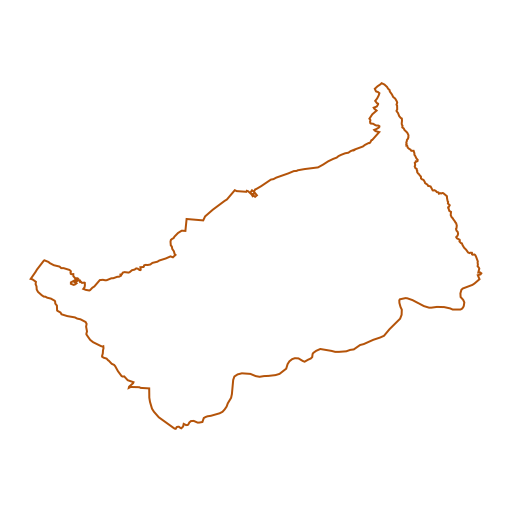 the district of Parscov, Buzau, Romania
{"feature_id": "2599482B35327371423245", "entity_name": "Parscov", "entity_type": "district", "adm_level": 2, "iso_a3": "ROU", "parent_name": "Romania", "parent_adm1": "Buzau", "projection": "robinson", "projection_center": [26.534, 45.302], "detail": "fine", "context": "isolated", "style": "outline", "palette": "amber", "viewbox_px": 512, "rotation_deg": 0, "n_neighbors": 0, "source": "geoboundaries", "source_scale": "gbopen_adm2", "svg_char_len": 6030}
<svg xmlns="http://www.w3.org/2000/svg" viewBox="0 0 512 512"><path d="M479.5,279.2L477.8,275.2L480.5,274.4L481.3,273.3L480.1,272.4L478.3,272.5L479.3,268.6L478.8,267.6L477.6,266.2L477.9,264.5L477.6,262.8L477.8,261.4L476.1,256.8L475.3,255.2L474.5,254.5L472.5,254.7L472.0,254.3L471.9,252.8L470.4,252.7L469.6,253.1L468.1,252.5L466.1,249.7L464.1,247.7L462.6,245.2L461.9,243.4L461.0,243.1L459.5,241.5L459.8,240.2L459.6,239.7L456.9,238.3L456.2,237.1L457.6,235.6L458.1,233.8L457.7,231.9L456.5,230.6L456.0,228.9L456.5,228.1L456.8,225.6L456.1,223.1L455.3,222.4L455.2,221.8L453.3,219.3L452.8,218.3L451.7,217.3L450.7,215.1L451.0,211.9L449.3,210.9L448.6,208.6L448.1,207.8L448.2,207.2L448.8,207.0L449.7,205.2L447.9,203.5L448.1,201.8L447.6,201.1L447.0,198.0L446.9,196.2L443.3,193.2L442.3,193.0L441.1,193.5L440.1,193.1L439.0,193.7L438.4,192.4L436.8,192.1L435.9,191.0L434.4,190.2L433.3,190.5L432.7,190.4L430.6,186.5L429.4,186.1L428.2,186.0L427.5,184.7L425.1,183.1L424.7,181.8L423.5,179.9L421.8,179.2L421.0,178.4L420.9,176.5L419.6,175.3L419.2,174.4L417.9,173.3L417.1,171.9L417.3,171.0L416.9,170.6L416.7,168.9L415.4,168.1L414.7,166.4L415.2,165.1L414.8,162.8L415.6,162.3L415.8,161.3L417.1,161.3L417.5,161.1L417.7,159.9L416.4,158.4L415.1,155.7L414.4,154.8L414.4,153.3L413.6,150.8L411.3,150.8L410.5,149.6L409.2,148.9L407.7,147.6L407.2,145.7L406.4,145.6L406.6,145.0L406.2,144.2L406.6,143.7L406.3,142.3L406.8,141.3L406.9,140.0L408.0,138.7L407.9,138.4L408.4,137.5L408.3,136.8L408.5,135.8L408.3,134.8L407.2,132.6L404.4,129.9L403.8,128.5L402.3,127.4L402.5,125.6L401.9,124.8L401.7,123.4L402.0,120.7L401.8,118.5L400.7,117.9L399.2,116.1L398.0,113.0L396.6,111.2L396.5,110.7L397.2,109.4L397.1,105.6L396.5,104.7L397.2,102.6L396.8,101.4L395.2,98.6L393.2,97.0L391.9,94.4L389.8,91.5L389.6,90.1L388.0,88.6L387.1,87.0L384.4,84.5L381.6,83.2L380.5,84.3L377.5,86.3L374.8,88.8L375.8,91.0L376.3,91.6L377.8,91.9L379.4,93.2L378.7,95.4L377.1,98.5L375.2,100.9L376.9,103.1L378.1,103.7L378.1,104.3L376.8,106.5L373.7,107.7L374.3,108.7L376.6,110.6L372.3,114.3L369.4,118.7L370.1,119.5L370.4,120.2L370.0,121.9L370.3,122.5L370.3,123.1L370.7,123.5L373.2,123.8L375.1,125.0L376.3,125.5L378.5,125.6L379.4,126.2L379.4,126.8L378.8,127.6L376.3,129.1L374.2,129.9L374.7,130.5L375.8,131.2L379.2,132.1L372.2,140.0L371.5,140.1L370.2,142.5L369.5,143.1L368.7,143.0L366.7,144.0L364.8,145.0L362.9,146.5L354.4,149.6L354.4,150.1L353.2,150.5L352.9,150.2L350.5,151.2L348.4,152.7L345.1,153.3L341.2,154.8L338.5,156.1L336.7,157.6L333.2,158.9L328.2,161.3L323.1,164.6L318.0,167.4L304.4,169.1L297.7,170.3L296.7,170.9L293.8,171.1L288.3,173.4L276.3,177.6L273.5,179.1L270.9,179.6L261.1,186.2L256.3,189.0L255.2,189.4L253.9,191.7L256.9,195.3L255.1,196.8L253.5,195.6L252.7,196.2L251.5,194.3L251.9,194.0L253.7,194.0L254.8,193.1L253.3,191.3L252.0,190.3L251.0,191.7L250.5,193.4L248.2,191.3L246.8,190.8L246.3,191.8L236.6,191.1L234.8,190.2L226.9,199.5L224.6,200.9L212.8,209.7L205.1,216.4L203.2,220.4L186.6,219.0L185.4,230.9L181.7,230.7L178.0,233.0L174.4,236.7L173.6,238.1L172.1,238.9L170.9,239.9L170.5,241.7L170.8,245.4L171.8,246.5L172.3,249.0L173.9,251.3L174.6,254.0L175.5,254.9L172.9,257.3L170.5,256.4L165.7,258.5L159.3,260.5L157.4,261.7L152.4,262.9L150.3,264.5L147.7,265.0L145.3,264.9L144.1,265.4L143.8,266.7L143.5,267.0L140.4,267.2L140.6,268.7L140.7,269.8L140.4,270.1L139.5,270.0L137.8,268.7L136.2,268.4L134.6,269.6L132.0,270.2L129.6,272.2L128.5,272.6L124.6,272.1L122.8,272.6L121.9,274.2L120.7,274.5L121.2,275.1L121.1,275.6L119.1,276.7L117.2,276.8L113.4,278.2L111.3,278.3L106.7,280.2L105.3,280.3L102.9,279.8L99.8,280.1L94.3,286.5L92.4,287.7L90.1,290.1L89.3,290.5L85.9,289.9L83.3,288.9L84.6,287.1L84.9,285.1L84.8,282.8L84.4,282.6L82.0,282.9L81.2,282.0L80.1,282.1L79.9,281.7L80.2,280.8L79.7,280.2L77.8,280.6L75.0,282.4L76.5,283.3L75.3,284.3L73.7,284.9L70.9,283.8L70.9,282.4L77.9,278.6L77.6,278.3L75.0,278.2L74.4,277.3L73.4,276.3L73.3,274.1L71.6,274.2L70.8,273.9L70.5,272.6L70.9,271.9L70.7,271.0L69.4,269.9L63.5,268.1L61.2,268.1L59.6,266.6L53.8,265.2L49.6,263.0L48.6,262.0L44.4,260.3L43.8,260.7L37.0,269.5L35.5,272.0L30.7,278.9L32.5,279.4L35.9,281.8L35.6,284.1L36.5,286.4L36.7,289.5L38.0,291.9L41.7,295.2L43.8,296.6L45.4,296.7L47.2,297.7L50.9,298.6L54.6,300.7L55.1,301.3L55.3,303.6L56.9,305.6L57.1,310.4L57.4,310.8L60.5,312.5L61.5,314.3L67.3,316.1L74.9,317.4L77.2,318.6L80.5,319.3L85.6,322.0L86.6,323.9L86.1,326.7L87.0,331.4L86.4,333.6L86.4,334.4L88.0,336.8L90.2,339.9L93.1,342.2L101.0,346.1L102.6,346.6L103.3,346.3L103.5,348.2L103.0,350.3L102.8,353.4L102.1,355.9L102.1,356.7L103.6,357.7L106.6,358.6L108.1,360.3L108.8,360.7L111.7,363.8L114.1,364.9L115.2,366.2L117.9,371.1L121.6,376.1L122.8,376.6L124.2,376.4L127.7,380.2L133.5,382.2L133.1,383.2L129.1,386.7L128.8,387.9L130.6,387.0L131.4,387.0L139.2,387.2L140.7,387.9L149.2,388.4L149.3,397.7L150.0,401.9L152.0,408.7L153.9,411.7L158.8,417.3L173.4,427.8L174.6,428.6L175.7,428.8L176.7,427.1L178.2,426.7L179.0,426.8L180.5,428.0L181.3,428.3L183.1,426.5L183.7,423.9L186.1,425.1L187.6,425.0L188.3,424.5L189.3,422.5L190.9,421.1L193.7,420.9L197.6,422.6L199.1,422.6L202.4,422.0L203.8,418.0L205.6,417.0L207.5,416.3L210.9,415.8L219.6,413.3L222.5,411.8L224.6,409.5L226.6,406.6L227.8,403.3L231.1,397.8L231.9,394.1L233.2,379.9L234.4,376.5L237.6,374.4L241.9,373.3L250.4,373.9L255.7,376.1L259.6,376.8L263.9,376.1L268.5,375.9L275.5,375.1L279.5,373.9L286.2,368.7L287.6,364.1L289.4,361.3L292.2,359.1L294.9,358.2L298.5,358.4L302.8,361.0L304.6,361.7L308.1,359.7L310.8,358.5L312.2,357.1L312.6,354.0L313.3,352.9L316.2,350.8L320.3,349.0L331.5,350.9L335.3,351.9L338.5,351.9L346.3,351.3L350.2,349.9L353.8,349.4L360.1,345.0L363.7,344.1L373.3,339.8L380.2,337.5L384.0,335.8L389.5,329.2L400.1,318.7L401.6,314.8L401.8,309.7L400.5,306.9L399.4,302.9L399.3,300.3L399.9,299.3L405.5,298.1L407.3,298.3L412.5,300.1L423.9,306.1L429.2,307.7L431.1,307.7L437.0,306.9L444.2,307.1L450.1,308.4L452.6,309.5L460.4,309.5L461.8,308.9L463.1,307.4L463.8,305.9L464.3,302.4L463.2,299.9L460.6,297.0L460.4,293.4L461.4,289.8L462.8,288.5L472.4,284.9L474.5,283.5L479.5,279.2Z" fill="none" stroke="#b45309" stroke-width="2"/></svg>